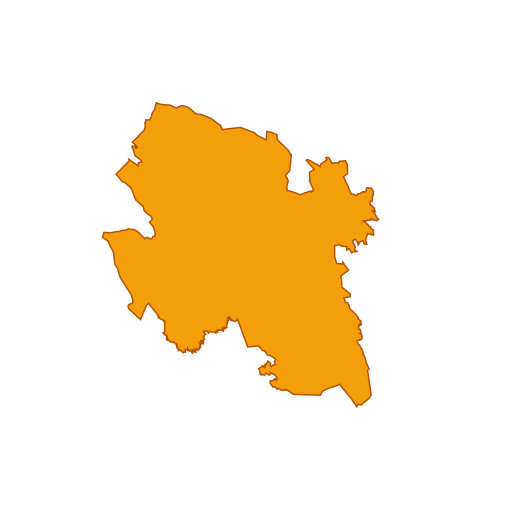 the district of Skujenes pag., Amatas, Latvia, rotated 232°
{"feature_id": "27541924B80284932099647", "entity_name": "Skujenes pag.", "entity_type": "district", "adm_level": 2, "iso_a3": "LVA", "parent_name": "Latvia", "parent_adm1": "Amatas", "projection": "equal_earth", "projection_center": [25.458, 57.084], "detail": "fine", "context": "isolated", "style": "filled", "palette": "amber", "viewbox_px": 512, "rotation_deg": 232, "n_neighbors": 0, "source": "geoboundaries", "source_scale": "gbopen_adm2", "svg_char_len": 6151}
<svg xmlns="http://www.w3.org/2000/svg" viewBox="0 0 512 512"><g transform="rotate(232 256 256)"><path d="M238.6,388.7L238.3,388.6L238.9,388.4L238.8,387.7L241.1,386.1L241.5,385.4L241.1,384.4L239.0,382.5L238.9,381.8L240.0,381.0L241.0,379.1L241.1,376.2L242.3,374.2L241.6,373.2L242.2,372.1L244.7,370.9L246.3,369.3L264.7,373.9L264.6,379.0L271.4,384.0L275.9,385.2L279.4,379.8L278.2,378.0L280.1,376.8L281.3,375.0L281.7,373.0L288.5,373.8L290.2,372.8L290.4,371.4L288.1,371.1L288.6,363.8L287.0,361.6L290.9,360.4L292.1,359.5L297.2,357.6L300.1,356.1L300.5,355.5L300.5,354.5L288.4,355.1L289.1,349.8L282.1,344.8L282.3,344.3L273.1,342.2L272.7,341.4L272.3,342.5L272.4,338.9L273.5,339.2L274.0,338.2L277.1,328.6L286.3,322.8L288.3,320.8L292.2,323.4L295.1,327.4L297.8,328.5L301.2,328.4L302.5,335.1L314.1,346.2L315.4,345.9L319.5,346.5L334.5,344.4L338.7,347.2L343.6,344.5L347.5,341.2L341.1,335.5L350.4,331.2L354.1,330.7L366.9,322.9L376.4,307.3L380.4,308.4L390.3,305.8L393.5,304.5L401.7,299.7L403.2,297.6L405.0,296.1L410.7,295.2L414.9,293.9L418.9,291.5L420.4,289.7L421.8,284.2L427.6,281.4L432.3,276.1L435.2,273.5L438.2,271.7L434.2,266.8L432.4,262.0L429.6,258.4L428.8,255.6L431.1,253.2L430.2,252.3L429.4,250.5L426.2,248.4L424.1,245.7L421.7,228.6L416.4,229.4L414.5,228.9L414.7,227.8L416.7,228.0L418.8,226.1L417.5,224.8L416.0,225.0L409.8,222.5L402.0,224.4L400.5,223.7L401.9,220.9L399.8,218.6L410.5,215.4L409.1,214.8L406.6,196.2L397.0,196.4L395.0,197.8L386.5,199.4L374.3,195.8L364.3,197.5L360.8,195.8L354.9,196.6L353.0,197.6L351.6,197.7L349.9,197.4L348.8,196.5L348.3,195.3L348.6,193.5L348.0,192.9L342.6,193.1L340.7,192.6L335.8,190.5L333.7,188.5L334.8,187.1L334.1,185.4L334.2,183.6L337.9,181.5L338.2,179.0L348.6,177.7L351.7,176.4L354.7,173.1L356.1,172.3L356.1,170.3L359.3,164.6L359.6,162.8L360.7,161.8L364.2,155.1L368.2,150.8L365.3,146.5L359.0,148.5L352.9,147.0L348.1,146.4L346.2,145.7L336.9,139.9L330.9,139.1L324.2,136.3L321.2,135.6L302.0,133.8L297.3,131.9L295.6,130.6L294.8,129.6L296.0,126.4L295.6,124.7L294.5,123.9L292.4,123.3L277.0,125.8L283.5,137.5L284.7,140.1L284.9,142.2L267.8,142.3L268.2,141.2L267.4,141.0L263.6,142.9L261.4,143.2L261.5,144.2L261.0,144.3L252.5,137.4L252.2,136.4L252.9,135.6L252.8,135.3L251.7,135.6L250.6,135.3L249.7,135.9L249.7,136.7L248.0,136.4L247.4,136.7L246.8,136.2L247.7,135.8L246.9,135.3L245.2,135.3L245.8,134.6L245.1,134.0L244.1,134.3L244.2,135.1L241.1,135.5L241.1,136.4L238.8,137.2L238.4,137.8L238.6,138.4L236.4,138.7L235.9,139.2L235.5,139.0L236.2,138.5L234.3,139.0L234.2,138.2L233.2,138.2L233.1,137.4L231.4,137.8L230.9,137.6L231.2,137.3L230.0,137.2L230.3,137.7L229.2,137.9L229.0,137.3L228.7,138.1L228.0,138.0L227.1,138.9L224.6,139.0L224.7,140.0L223.7,141.0L225.5,142.2L225.8,143.2L224.0,143.9L225.3,145.3L223.0,144.7L221.8,145.2L222.2,146.3L221.2,146.5L218.6,145.9L218.5,146.5L219.2,147.3L221.1,148.3L220.9,148.7L219.0,148.4L217.2,149.2L217.8,149.6L219.6,149.4L220.2,150.0L217.8,151.9L219.7,152.2L217.3,153.9L217.7,154.6L219.2,155.5L219.0,155.9L218.3,156.0L218.3,156.4L220.3,157.4L220.3,157.9L222.3,158.1L220.5,159.2L223.1,160.1L223.4,161.0L222.4,161.2L222.0,160.4L219.5,160.7L220.4,161.7L220.9,161.4L221.3,161.9L222.1,162.0L221.9,163.3L222.3,164.1L224.5,164.4L224.4,165.3L225.7,167.5L225.4,168.4L228.8,168.2L226.5,171.7L224.8,170.9L224.4,171.1L224.6,173.5L223.0,174.6L221.5,176.4L220.0,176.8L221.2,177.7L219.7,178.8L221.4,179.6L221.5,180.1L220.4,180.6L220.2,181.8L219.3,182.3L219.0,183.3L216.9,183.8L217.4,185.0L218.2,185.1L219.3,184.4L220.0,185.2L218.1,186.6L217.9,187.1L219.3,187.4L217.6,188.4L217.7,189.2L219.4,190.1L219.9,191.1L221.2,191.6L220.7,192.2L221.5,193.2L222.9,193.5L222.2,194.6L225.0,195.6L224.4,196.3L222.5,196.4L223.0,196.9L224.5,197.2L224.5,197.7L222.8,197.7L220.6,196.7L220.0,197.7L218.2,198.3L217.4,199.1L217.5,200.5L216.5,201.4L217.1,202.1L214.2,201.5L189.4,193.4L183.9,202.2L181.2,203.0L177.5,202.9L175.9,204.5L171.0,204.0L168.8,205.9L164.8,207.5L162.2,207.8L161.5,205.4L158.9,204.7L158.5,204.0L159.6,202.4L159.8,200.6L159.4,200.0L159.9,199.7L160.9,199.9L162.4,201.4L166.0,200.6L164.5,197.9L165.2,196.5L163.4,195.3L164.2,194.9L163.3,193.7L165.3,193.8L165.6,192.8L165.1,191.7L165.7,188.7L163.1,188.2L160.1,186.4L159.2,186.8L158.9,187.1L159.1,187.8L156.8,189.3L157.4,191.9L154.0,193.0L154.1,195.2L155.3,195.7L149.6,197.9L148.5,197.4L147.6,197.9L146.4,197.1L145.4,195.2L146.1,195.1L146.8,195.8L147.7,195.3L147.8,193.9L147.3,192.5L148.7,190.8L148.8,190.0L146.8,188.9L142.4,188.6L141.4,190.3L137.6,190.8L138.0,192.0L136.8,192.9L135.7,192.7L134.4,193.5L134.6,194.0L132.9,195.3L132.3,196.6L132.7,196.8L130.9,198.0L131.1,198.2L124.0,200.2L106.7,221.0L108.5,225.4L106.8,232.7L104.0,240.1L103.6,242.8L85.9,243.3L75.1,242.6L76.4,244.9L73.8,247.2L74.3,257.2L75.5,261.1L97.3,273.6L97.4,275.7L102.5,276.7L109.7,279.6L111.6,280.0L112.6,279.7L113.5,280.8L117.0,282.0L120.1,282.2L121.3,282.8L123.7,282.3L127.2,283.6L126.6,285.3L125.7,285.8L125.8,286.9L125.4,287.3L125.5,288.2L126.6,289.0L126.5,289.7L129.6,291.0L131.0,290.3L130.7,291.3L133.5,292.7L134.6,292.2L136.4,292.4L137.3,294.3L138.5,294.6L137.1,295.4L137.3,297.0L138.0,297.3L139.0,296.7L139.5,297.2L139.3,298.0L140.3,298.1L140.3,298.6L143.1,297.8L144.0,298.5L148.9,298.7L154.3,297.9L155.2,297.3L157.3,297.6L159.3,298.8L162.6,299.3L164.7,298.2L169.0,299.5L165.9,305.0L168.0,306.9L178.6,304.5L185.1,309.2L188.0,310.3L187.8,320.0L197.7,320.6L196.5,319.2L200.6,314.9L207.2,317.7L215.7,324.3L213.5,328.8L212.7,328.7L210.9,329.7L207.5,333.2L204.7,331.2L204.4,334.1L199.5,333.3L199.5,335.1L197.5,338.2L200.5,337.5L201.8,339.5L203.4,340.3L206.2,340.3L208.6,341.8L208.0,344.5L204.6,344.5L201.9,343.4L202.2,344.8L203.2,345.4L202.5,349.4L201.5,349.7L200.0,349.0L197.8,349.2L197.0,350.5L201.2,352.2L205.0,357.9L203.8,358.3L202.7,360.2L201.7,360.0L200.9,361.0L201.0,361.5L200.1,361.6L200.4,362.2L203.3,363.1L203.8,364.6L206.8,363.4L208.2,364.3L209.8,363.5L211.9,363.6L212.4,363.1L215.0,363.1L217.4,362.3L213.4,369.3L214.4,369.5L212.8,370.8L211.2,371.2L209.5,373.0L209.3,375.1L213.5,375.0L214.2,375.4L219.1,375.7L221.2,375.3L217.4,377.2L221.3,378.7L226.6,377.8L228.8,379.9L227.8,381.5L231.8,385.0L232.0,386.1L234.8,388.4L238.6,388.7Z" fill="#f59e0b" stroke="#b45309" stroke-width="1.5"/></g></svg>